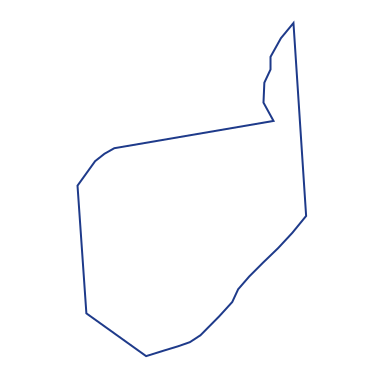 the district of Santo Antônio dos Milagres, Piauí, Brazil, rotated 265°
{"feature_id": "56859067B62795431008505", "entity_name": "Santo Antônio dos Milagres", "entity_type": "district", "adm_level": 2, "iso_a3": "BRA", "parent_name": "Brazil", "parent_adm1": "Piauí", "projection": "orthographic", "projection_center": [-42.703, -6.051], "detail": "fine", "context": "isolated", "style": "outline", "palette": "blue", "viewbox_px": 384, "rotation_deg": 265, "n_neighbors": 0, "source": "geoboundaries", "source_scale": "gbopen_adm2", "svg_char_len": 477}
<svg xmlns="http://www.w3.org/2000/svg" viewBox="0 0 384 384"><g transform="rotate(265 192 192)"><path d="M158.2,303.6L351.5,307.8L337.5,294.0L319.8,282.0L307.2,280.9L294.6,273.6L274.8,271.0L255.7,279.4L242.4,118.4L237.7,108.1L231.2,98.2L208.3,78.5L80.3,76.2L32.5,132.0L36.5,150.3L39.5,164.6L42.6,176.8L48.6,188.0L55.8,196.5L65.9,208.4L78.9,222.5L91.1,229.5L102.9,241.7L115.5,256.7L128.6,272.9L142.6,288.4L158.2,303.6Z" fill="none" stroke="#1e3a8a" stroke-width="2"/></g></svg>